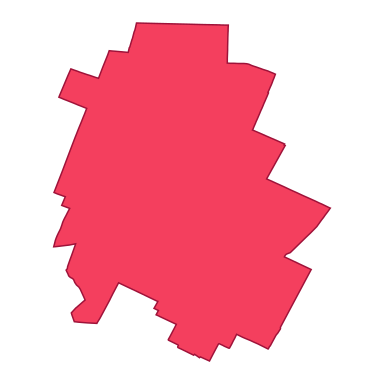 outline of Vlad Tepes, Calarasi, Romania
{"feature_id": "2599482B30900908751152", "entity_name": "Vlad Tepes", "entity_type": "district", "adm_level": 2, "iso_a3": "ROU", "parent_name": "Romania", "parent_adm1": "Calarasi", "projection": "equal_earth", "projection_center": [27.074, 44.378], "detail": "fine", "context": "isolated", "style": "filled", "palette": "rose", "viewbox_px": 384, "rotation_deg": 0, "n_neighbors": 0, "source": "geoboundaries", "source_scale": "gbopen_adm2", "svg_char_len": 3748}
<svg xmlns="http://www.w3.org/2000/svg" viewBox="0 0 384 384"><path d="M110.2,299.0L112.8,293.8L115.7,288.3L118.6,282.8L126.4,286.5L141.2,293.5L157.4,301.3L157.7,301.5L157.8,301.5L157.7,301.8L154.0,308.4L158.4,310.5L156.1,314.8L176.3,324.3L174.5,327.9L170.0,336.5L168.3,339.5L168.3,339.9L168.4,340.1L168.5,340.2L178.0,344.9L178.1,345.0L178.3,345.3L178.3,345.6L177.8,346.5L177.7,346.9L177.8,347.3L178.2,347.7L180.8,348.9L193.7,355.2L194.6,354.3L199.5,357.7L200.4,356.9L209.5,361.0L212.6,355.0L215.6,349.3L218.4,344.1L218.6,343.9L218.9,343.7L219.1,343.7L219.4,343.8L220.9,344.5L222.7,345.3L224.1,346.1L225.2,346.6L228.6,348.1L229.0,348.2L229.3,348.2L229.5,348.1L231.7,344.1L233.3,340.8L234.7,338.3L236.6,334.3L242.5,337.2L245.5,338.5L250.4,340.5L253.8,342.1L258.1,344.0L268.1,349.0L268.3,348.9L269.5,346.5L269.9,346.1L270.2,346.0L271.3,343.9L275.9,335.4L276.4,334.7L277.0,334.0L277.7,333.2L280.3,329.1L280.5,328.4L280.5,328.1L280.4,327.3L280.5,327.1L292.9,303.8L303.2,284.5L307.9,275.7L311.2,269.5L299.7,264.1L289.8,259.4L284.4,256.9L284.9,255.8L285.3,255.2L286.2,254.3L287.2,253.8L290.1,252.7L290.6,252.3L297.9,245.2L306.3,237.0L310.5,233.0L316.8,226.6L321.6,219.9L323.5,217.5L325.0,215.3L326.7,213.1L328.7,210.4L329.5,209.2L330.3,208.1L329.1,207.6L321.7,204.0L319.3,203.0L315.6,201.2L312.9,200.0L308.5,198.0L303.5,195.8L299.4,193.9L297.3,192.9L292.6,190.8L290.4,189.8L286.6,188.0L284.3,186.9L281.2,185.5L277.9,184.0L276.3,183.3L266.6,178.9L285.2,145.5L284.1,145.0L284.6,144.0L252.5,130.0L252.8,129.6L253.3,128.3L254.1,126.3L254.6,125.2L255.4,123.4L256.1,121.6L257.2,119.2L258.2,116.9L259.1,114.8L259.9,112.9L260.9,110.5L261.9,108.4L263.0,105.8L264.0,103.3L265.1,100.9L266.1,98.5L267.0,96.5L267.4,95.5L268.1,93.8L268.5,92.9L267.9,92.3L268.2,91.8L268.7,90.8L270.4,86.8L271.2,85.1L271.9,83.4L272.5,81.8L272.9,80.6L274.0,78.0L274.5,76.6L274.9,75.5L275.2,74.8L275.4,74.2L273.0,73.1L270.5,72.1L268.0,71.0L262.9,69.4L260.5,68.5L259.0,68.0L255.4,66.7L255.2,66.7L252.0,65.6L250.6,65.0L249.1,64.3L248.0,64.0L246.4,63.7L245.2,63.6L244.0,63.5L242.3,63.5L238.4,63.5L234.2,63.3L230.2,63.3L227.3,63.1L227.3,58.5L227.4,55.8L227.5,53.1L227.6,50.4L227.6,47.3L227.7,43.6L227.8,39.4L227.8,38.2L227.9,35.3L228.0,32.4L228.1,30.9L228.1,29.8L228.1,29.2L228.2,26.9L228.3,25.7L228.3,25.3L228.3,25.1L225.7,25.1L222.3,25.0L220.5,25.0L220.2,24.9L203.6,24.6L188.1,24.2L157.2,23.5L136.5,23.0L135.5,27.6L134.9,30.0L134.1,32.0L132.4,38.6L131.9,39.8L129.8,47.0L129.2,47.9L129.2,48.0L128.2,52.4L122.7,51.9L118.3,51.5L114.8,51.2L112.2,51.0L111.0,50.9L109.2,50.7L107.8,54.7L102.8,67.1L99.6,75.5L98.5,78.3L97.3,77.9L95.9,77.5L92.4,76.3L89.5,75.3L87.1,74.6L83.3,73.3L79.4,72.0L78.0,71.4L73.6,69.9L71.7,69.2L70.9,68.9L67.8,75.9L61.0,92.1L59.6,95.4L58.9,97.2L61.1,98.1L63.9,99.3L67.8,100.8L70.3,101.8L73.1,102.9L76.0,104.1L78.1,105.0L81.0,106.1L84.2,107.4L86.7,108.4L84.4,114.4L83.3,117.0L81.5,121.6L78.8,128.1L75.7,136.0L75.2,137.2L71.6,146.6L66.0,161.4L62.4,171.0L54.0,192.5L57.3,193.9L61.6,195.4L62.6,195.8L65.3,196.7L61.7,205.4L69.7,208.4L69.3,209.2L68.9,209.9L67.6,212.4L66.0,215.6L64.8,217.8L63.7,220.0L62.7,222.3L62.0,224.6L61.3,226.6L60.6,228.6L59.7,230.5L58.6,232.6L57.9,234.1L57.1,235.8L56.2,238.0L55.4,240.2L54.5,243.8L53.7,246.8L56.2,246.6L69.6,245.0L75.6,243.8L75.1,245.5L71.6,255.4L69.9,260.0L68.1,265.1L67.6,266.6L67.5,267.4L67.3,268.7L66.1,270.1L66.8,271.6L67.9,273.8L68.7,275.9L70.3,277.4L72.5,278.5L73.6,279.6L74.8,282.5L76.5,285.0L78.9,287.1L80.3,289.3L81.7,292.4L83.8,297.0L85.1,300.0L82.5,302.2L79.1,305.2L75.7,308.1L71.3,312.9L72.0,315.2L74.3,321.7L77.9,322.1L82.4,322.5L87.6,322.9L89.6,323.0L91.3,323.1L93.5,323.2L96.6,323.4L96.9,323.4L97.2,322.7L98.5,320.6L100.1,318.0L109.1,301.2L110.0,299.5L110.2,299.0Z" fill="#f43f5e" stroke="#9f1239" stroke-width="1.5"/></svg>